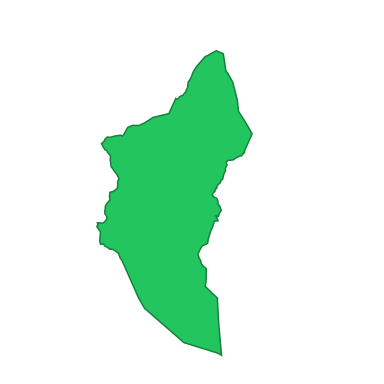 outline of Foini, Limassol, Cyprus, rotated 118°
{"feature_id": "46923920B60027378536738", "entity_name": "Foini", "entity_type": "district", "adm_level": 2, "iso_a3": "CYP", "parent_name": "Cyprus", "parent_adm1": "Limassol", "projection": "robinson", "projection_center": [32.817, 34.906], "detail": "fine", "context": "isolated", "style": "filled", "palette": "green", "viewbox_px": 384, "rotation_deg": 118, "n_neighbors": 0, "source": "geoboundaries", "source_scale": "gbopen_adm2", "svg_char_len": 2082}
<svg xmlns="http://www.w3.org/2000/svg" viewBox="0 0 384 384"><g transform="rotate(118 192 192)"><path d="M117.1,250.2L133.7,249.3L144.3,261.3L145.2,261.8L153.4,266.5L158.1,270.0L161.1,275.8L165.1,279.1L173.0,279.2L175.4,279.7L175.3,281.7L179.2,286.9L182.2,289.9L183.2,292.6L186.3,293.6L188.8,293.5L191.6,294.7L194.1,291.3L195.5,288.8L195.4,286.8L196.6,285.3L197.3,283.5L198.5,280.7L202.2,279.3L204.6,277.4L207.4,275.5L209.9,270.6L211.9,266.4L214.5,262.6L217.4,262.7L221.6,260.5L223.7,259.7L226.6,260.8L229.0,262.3L230.8,264.4L234.6,262.8L237.6,260.7L241.4,261.6L244.9,262.0L247.9,260.6L250.1,260.0L252.1,258.7L254.1,255.1L257.2,254.7L259.4,255.2L261.5,256.2L263.1,260.5L263.7,261.1L265.1,259.5L267.2,259.9L268.7,257.0L270.2,254.1L274.1,252.4L278.7,250.5L281.1,248.1L279.4,246.0L280.6,243.9L280.7,240.7L281.1,237.6L280.2,236.0L279.8,234.3L280.7,228.0L284.0,224.5L285.6,221.3L310.5,189.6L317.1,179.1L317.2,178.4L328.8,128.4L322.2,93.6L322.3,89.3L296.0,106.4L274.0,119.7L273.8,119.6L271.6,127.6L269.1,136.0L264.5,137.6L261.3,139.1L253.1,143.3L252.6,144.8L252.1,147.8L250.8,150.3L248.5,152.1L247.4,154.2L244.3,157.5L239.3,157.9L234.4,157.5L231.6,155.1L230.0,154.1L225.6,155.6L217.9,157.1L214.8,157.2L210.7,157.8L207.4,158.6L205.1,155.5L203.6,157.1L202.1,159.8L201.7,159.4L201.3,157.3L197.2,157.8L194.6,157.5L191.7,160.4L190.4,163.4L187.9,164.8L186.0,167.2L186.1,170.1L185.1,172.8L182.5,172.8L180.9,172.0L178.6,172.8L177.0,171.8L175.6,172.7L173.0,172.3L170.3,171.3L167.2,171.9L166.5,170.9L165.1,171.3L160.5,172.4L157.5,172.3L155.3,173.7L151.9,173.7L149.3,175.8L147.2,175.0L144.4,170.8L143.0,170.0L140.6,168.8L138.1,166.7L136.7,165.3L134.7,164.8L132.8,164.3L131.7,164.4L131.5,164.9L112.5,166.2L106.6,175.3L98.9,188.8L89.3,195.3L75.9,207.6L70.0,216.7L69.2,218.9L55.2,229.3L55.9,236.9L64.2,242.3L66.3,244.0L69.1,244.6L72.1,245.3L76.2,246.2L80.1,247.0L85.0,247.3L87.8,247.1L91.9,246.4L94.2,246.7L96.9,246.9L99.1,246.1L102.0,245.0L105.0,244.9L107.1,244.4L108.3,245.2L110.7,245.3L113.2,247.5L116.4,248.2L117.4,249.7L117.1,250.2Z" fill="#22c55e" stroke="#15803d" stroke-width="1.5"/></g></svg>